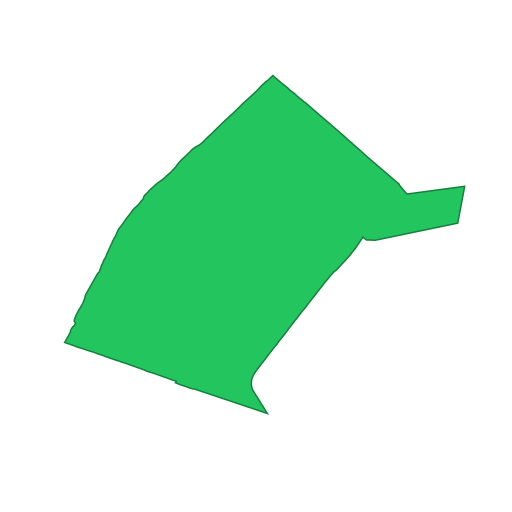 outline of Stede Broec, Noord-Holland, Netherlands, rotated 314°
{"feature_id": "6326949B50163313594410", "entity_name": "Stede Broec", "entity_type": "district", "adm_level": 2, "iso_a3": "NLD", "parent_name": "Netherlands", "parent_adm1": "Noord-Holland", "projection": "natural_earth1", "projection_center": [5.224, 52.697], "detail": "fine", "context": "isolated", "style": "filled", "palette": "green", "viewbox_px": 512, "rotation_deg": 314, "n_neighbors": 0, "source": "geoboundaries", "source_scale": "gbopen_adm2", "svg_char_len": 6014}
<svg xmlns="http://www.w3.org/2000/svg" viewBox="0 0 512 512"><g transform="rotate(314 256 256)"><path d="M397.6,142.8L396.8,142.8L393.7,142.6L392.3,142.6L390.4,142.4L388.9,142.1L388.1,141.9L387.2,141.9L385.0,141.8L381.6,141.7L379.1,141.7L377.1,141.7L376.3,141.8L371.5,141.6L367.6,141.4L364.2,141.2L361.2,141.0L359.5,140.8L359.0,140.9L357.3,140.7L356.6,140.6L352.3,140.6L349.2,140.5L345.7,140.4L342.3,140.3L337.2,139.9L336.0,139.9L335.5,139.9L333.6,139.7L332.3,139.6L328.8,139.5L319.9,139.2L314.5,139.1L312.2,139.0L308.9,138.8L306.6,138.7L302.8,138.7L301.1,138.7L299.0,138.5L297.2,138.2L295.8,137.9L293.7,137.2L292.9,136.9L290.3,136.4L288.5,136.1L285.3,136.1L281.9,136.0L277.7,135.9L273.9,135.6L268.6,135.7L265.0,136.3L260.9,136.4L259.8,136.4L258.4,136.5L256.9,136.5L254.0,136.2L252.2,136.1L249.4,135.9L247.3,135.8L244.3,135.3L240.8,134.7L238.4,134.3L236.2,134.2L229.5,133.7L228.0,133.8L226.5,133.9L224.1,133.8L223.1,133.7L222.5,133.8L221.2,133.9L220.8,134.0L220.4,134.2L219.9,134.5L219.5,134.8L219.1,135.0L217.9,135.2L215.5,135.3L213.9,135.5L211.6,135.7L208.7,135.6L206.3,135.4L204.1,135.4L202.3,135.6L201.2,135.8L199.0,136.1L194.8,136.5L191.2,137.0L187.7,137.6L184.7,138.0L182.5,138.2L180.4,138.4L179.1,138.8L178.5,139.0L177.2,139.4L176.1,139.8L175.5,140.1L174.9,140.3L174.3,140.5L173.9,140.6L173.5,140.7L172.8,141.0L171.5,141.4L169.9,141.7L168.3,142.2L167.0,142.6L166.4,142.8L165.9,143.1L165.3,143.3L164.3,143.7L162.6,144.2L160.6,144.9L154.1,147.3L153.1,147.6L151.9,148.2L150.6,148.7L147.5,149.4L146.8,149.6L144.8,150.5L144.3,150.7L143.3,151.0L142.3,151.3L141.5,151.6L140.0,152.3L137.8,153.3L136.9,153.8L136.0,154.2L135.7,154.3L135.3,154.3L134.7,154.2L134.0,154.2L133.3,154.3L132.7,154.4L129.5,155.2L119.9,157.7L112.7,159.6L111.0,160.0L109.1,160.7L108.2,161.2L107.1,161.9L105.9,162.5L102.8,163.8L101.7,164.2L100.2,164.7L98.9,165.0L96.7,165.5L94.3,166.0L91.1,166.9L88.6,167.7L87.4,168.1L86.9,168.4L85.3,169.0L84.2,169.5L83.5,169.9L83.0,170.4L82.8,170.7L82.7,171.4L82.5,172.1L82.4,172.4L82.2,172.7L81.9,172.9L81.2,173.2L80.5,173.5L79.9,173.6L78.0,173.4L77.1,173.5L76.3,173.6L74.1,174.2L73.3,174.4L73.1,174.6L73.0,174.9L72.7,175.1L72.4,175.3L71.9,175.5L71.1,175.7L69.9,176.0L68.8,176.4L67.7,176.7L66.6,176.9L64.3,177.5L62.1,178.1L60.9,178.4L61.0,178.7L61.8,180.4L62.6,182.1L63.1,183.1L63.6,184.3L63.7,184.6L64.5,186.3L66.3,190.4L66.8,191.6L67.4,192.7L68.6,195.0L69.1,196.1L69.5,197.0L70.0,197.9L70.5,199.1L71.0,200.1L71.6,201.4L72.7,203.4L73.4,204.8L73.7,205.3L74.7,207.7L75.8,210.3L76.2,211.1L77.2,213.1L77.8,214.3L78.3,215.3L78.4,215.6L78.5,216.1L79.1,217.6L79.5,218.4L80.0,219.2L80.3,220.0L80.5,220.4L81.0,221.8L81.2,222.1L83.6,227.2L84.2,228.6L84.3,228.5L85.1,230.1L86.6,233.6L86.9,234.1L88.2,236.7L89.3,239.1L91.3,243.5L92.9,247.1L93.6,248.7L93.9,249.2L95.1,251.9L96.3,254.6L96.7,255.6L96.8,256.1L96.9,256.5L97.0,256.9L97.1,257.0L97.5,257.8L98.2,259.3L98.3,259.6L99.2,261.2L99.9,262.6L100.5,263.9L101.1,265.0L101.8,266.6L102.1,267.3L102.5,268.1L103.5,270.4L104.4,272.3L105.6,275.0L105.9,275.5L106.1,275.9L106.3,276.4L106.6,277.1L107.0,278.1L107.4,278.9L108.2,280.8L108.7,282.1L109.2,282.9L109.5,283.7L110.5,285.8L109.7,286.0L109.1,286.2L108.9,286.2L110.5,290.2L116.2,302.4L116.5,302.9L117.5,304.0L120.9,311.2L127.6,325.2L150.6,373.6L151.1,371.5L151.8,368.9L152.6,365.8L153.3,362.8L153.5,361.9L154.4,358.6L155.0,356.0L155.4,354.6L156.2,351.2L156.7,349.1L157.2,347.3L157.4,346.7L157.7,346.1L158.2,345.1L158.9,343.9L159.1,343.7L159.3,343.3L159.5,342.9L160.1,342.1L161.4,340.9L162.8,339.8L164.4,338.6L166.2,337.7L168.2,337.0L170.2,336.5L171.7,336.2L172.1,336.1L173.0,336.0L174.3,335.8L179.5,335.2L185.2,334.6L197.0,333.2L197.4,333.2L199.7,333.0L201.4,332.6L201.7,332.7L201.8,332.7L204.4,332.5L207.7,332.3L208.0,332.2L208.5,332.1L211.0,331.7L213.3,331.5L217.2,331.2L221.3,330.7L224.3,330.4L225.7,330.1L226.4,330.0L228.8,329.8L232.6,329.4L234.3,329.2L236.1,328.9L236.7,328.8L237.9,328.8L239.3,328.8L242.4,328.3L244.7,328.0L244.8,328.0L245.8,327.9L249.2,327.6L253.5,327.3L257.7,326.8L263.2,326.2L268.2,325.7L274.8,325.0L280.6,324.4L282.4,324.2L282.9,324.1L283.8,324.0L286.3,323.8L287.9,323.7L290.3,323.6L290.9,323.5L293.5,323.3L295.0,323.2L295.8,323.1L297.9,323.1L298.4,323.1L298.8,323.1L299.5,323.2L300.6,323.4L301.5,323.6L301.8,323.6L302.2,323.6L302.7,323.6L304.1,323.6L304.4,323.6L304.6,323.5L304.9,323.5L305.2,323.5L305.6,323.5L306.1,323.5L307.2,323.5L310.1,323.4L313.1,323.4L314.3,323.4L315.5,323.3L318.5,323.2L319.5,323.2L321.2,323.1L324.2,322.8L326.9,322.5L328.6,322.2L328.9,322.2L329.4,322.1L329.4,322.4L343.9,319.8L344.2,324.3L345.7,325.8L350.1,330.8L419.8,378.3L451.1,357.7L405.5,321.6L405.9,316.4L405.9,316.0L406.0,315.4L406.3,312.7L406.6,310.0L407.1,309.0L406.4,297.7L406.4,296.9L404.6,266.8L404.5,264.9L404.5,263.8L404.4,260.9L404.4,258.6L404.3,258.0L404.3,256.9L404.3,256.4L404.2,256.0L404.2,255.2L404.2,254.5L404.2,253.7L404.1,253.3L404.1,252.9L404.1,252.2L404.0,251.6L404.0,251.1L403.9,249.1L403.9,248.7L403.9,248.3L403.9,246.8L403.9,246.4L403.8,245.5L403.7,244.8L403.6,243.5L403.6,242.4L403.5,241.6L403.5,241.2L403.5,240.9L403.5,240.0L403.5,238.7L403.5,238.1L403.4,236.8L403.4,236.3L403.4,235.5L402.2,213.4L402.0,211.3L400.8,188.6L400.8,188.4L400.8,188.0L400.7,186.7L400.7,186.3L400.7,185.8L400.6,185.1L400.5,184.8L400.5,184.6L400.3,183.9L400.3,183.6L400.3,183.0L400.2,182.5L400.2,182.0L400.2,181.5L400.1,180.3L400.1,179.7L399.9,178.7L399.9,178.1L399.9,177.6L399.7,176.2L399.7,175.7L399.7,175.1L399.6,174.7L399.6,174.1L399.6,173.1L399.6,171.6L399.6,170.6L399.5,169.5L399.4,168.9L399.1,167.3L399.1,166.8L399.0,166.2L398.9,165.7L398.8,165.1L398.8,164.8L398.9,163.9L398.9,163.4L398.9,163.0L399.0,162.7L398.9,162.4L398.9,161.9L398.8,160.6L398.7,159.9L398.6,158.3L398.5,157.7L398.4,157.1L398.3,155.8L398.1,153.7L398.0,152.2L398.0,151.7L398.0,151.2L397.9,150.6L397.9,150.1L397.9,149.6L397.9,149.0L397.9,148.4L397.8,147.9L397.7,146.3L397.6,145.7L397.6,145.2L397.6,144.7L397.6,144.2L397.6,143.9L397.5,143.6L397.5,143.3L397.6,143.0L397.6,142.8Z" fill="#22c55e" stroke="#15803d" stroke-width="1.5"/></g></svg>